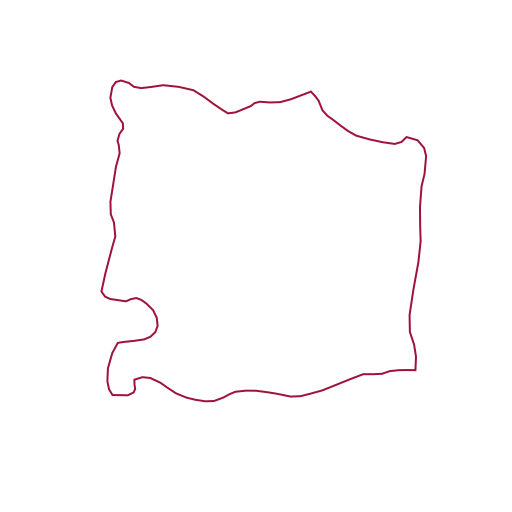 outline of Mougalaba, Ngounié, Gabon, rotated 286°
{"feature_id": "22940354B67008732943825", "entity_name": "Mougalaba", "entity_type": "district", "adm_level": 2, "iso_a3": "GAB", "parent_name": "Gabon", "parent_adm1": "Ngounié", "projection": "equal_earth", "projection_center": [10.772, -2.045], "detail": "fine", "context": "isolated", "style": "outline", "palette": "rose", "viewbox_px": 512, "rotation_deg": 286, "n_neighbors": 0, "source": "geoboundaries", "source_scale": "gbopen_adm2", "svg_char_len": 1630}
<svg xmlns="http://www.w3.org/2000/svg" viewBox="0 0 512 512"><g transform="rotate(286 256 256)"><path d="M411.8,367.9L405.8,364.5L402.0,358.6L400.3,346.6L399.4,333.4L399.3,319.1L401.6,309.7L404.8,301.0L408.3,292.2L410.4,286.1L414.4,279.7L418.1,276.8L422.5,273.4L425.9,268.9L429.2,263.5L416.4,246.5L410.6,236.9L407.4,227.0L405.4,217.3L402.6,212.5L398.8,209.8L388.4,196.7L385.4,189.7L387.3,183.0L390.4,173.5L394.8,161.7L398.1,150.2L397.3,135.1L394.6,119.7L389.8,109.1L385.7,99.3L385.0,92.0L387.3,86.1L387.5,78.0L384.6,73.3L378.8,71.3L368.0,72.4L361.1,76.1L354.5,81.9L346.9,91.4L341.7,93.2L335.7,91.1L328.6,91.1L324.6,93.6L317.1,96.6L303.1,96.8L290.2,98.4L268.1,101.1L256.1,104.9L249.1,110.2L236.0,115.4L223.4,115.4L197.9,116.0L179.3,117.2L175.3,122.2L174.5,127.6L175.5,135.4L176.6,143.5L180.1,147.7L182.6,152.5L182.2,157.8L180.1,163.7L175.5,172.1L169.1,177.7L161.6,180.7L155.1,180.2L149.3,176.8L145.0,171.5L140.6,161.7L136.9,152.5L134.4,147.1L123.1,144.6L107.3,144.6L94.5,147.7L87.2,151.6L82.8,156.4L86.8,171.2L91.1,176.0L94.9,176.5L99.0,174.6L103.6,173.2L108.2,180.2L109.6,188.0L107.8,199.2L105.1,206.8L101.9,217.1L100.7,228.3L101.1,237.5L102.4,247.6L105.1,255.7L110.9,263.6L116.1,268.9L119.8,273.6L123.8,283.4L126.5,293.2L128.3,305.3L129.4,314.5L130.4,327.9L133.5,337.4L138.9,346.7L145.1,356.8L164.8,382.1L171.9,391.6L174.8,401.6L177.5,409.6L182.2,416.3L185.7,425.0L187.9,432.2L190.2,440.7L203.2,437.6L214.4,432.4L225.3,424.9L241.5,419.9L266.8,416.6L294.8,413.8L315.6,410.2L329.5,405.7L348.4,400.1L368.8,395.9L381.3,395.4L398.9,392.0L406.2,387.8L411.8,379.4L411.8,367.9Z" fill="none" stroke="#9f1239" stroke-width="2"/></g></svg>